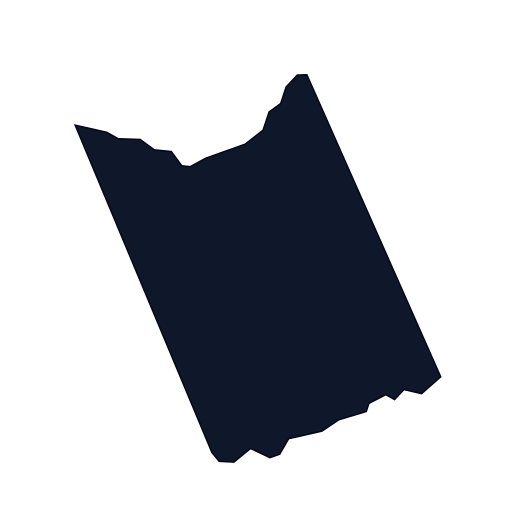 Titus, Texas, United States of America, rotated 156°
{"feature_id": "52423323B68756889637402", "entity_name": "Titus", "entity_type": "district", "adm_level": 2, "iso_a3": "USA", "parent_name": "United States of America", "parent_adm1": "Texas", "projection": "natural_earth1", "projection_center": [-94.972, 33.19], "detail": "fine", "context": "isolated", "style": "filled", "palette": "ink", "viewbox_px": 512, "rotation_deg": 156, "n_neighbors": 0, "source": "geoboundaries", "source_scale": "gbopen_adm2", "svg_char_len": 550}
<svg xmlns="http://www.w3.org/2000/svg" viewBox="0 0 512 512"><g transform="rotate(156 256 256)"><path d="M136.4,70.5L135.8,400.9L144.7,404.5L159.7,398.2L171.4,385.3L185.4,382.3L198.4,368.1L220.4,362.6L262.1,365.8L279.8,364.4L287.1,368.6L290.9,385.9L305.8,394.4L314.4,409.6L334.2,419.2L342.0,429.7L368.0,449.1L376.2,94.5L373.2,83.4L360.0,76.7L339.3,82.4L325.3,66.1L314.9,65.3L300.5,75.8L267.0,69.2L247.1,72.7L218.5,69.1L212.8,75.4L193.9,76.5L187.8,68.5L175.2,73.8L160.7,62.9L136.4,70.5Z" fill="#0f172a" stroke="#020617" stroke-width="1.5"/></g></svg>